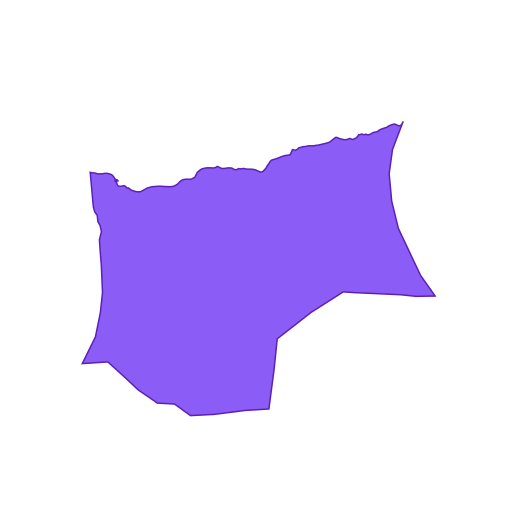 the district of Ras Gharib, Al Bahr al Ahmar, Egypt, rotated 287°
{"feature_id": "37247803B82534825994477", "entity_name": "Ras Gharib", "entity_type": "district", "adm_level": 2, "iso_a3": "EGY", "parent_name": "Egypt", "parent_adm1": "Al Bahr al Ahmar", "projection": "natural_earth1", "projection_center": [32.75, 28.506], "detail": "fine", "context": "isolated", "style": "filled", "palette": "violet", "viewbox_px": 512, "rotation_deg": 287, "n_neighbors": 0, "source": "geoboundaries", "source_scale": "gbopen_adm2", "svg_char_len": 3146}
<svg xmlns="http://www.w3.org/2000/svg" viewBox="0 0 512 512"><g transform="rotate(287 256 256)"><path d="M102.3,121.3L111.3,145.0L111.4,145.3L102.1,165.0L94.5,180.5L93.4,182.7L88.1,199.7L86.5,204.7L90.6,221.4L84.2,240.0L92.3,262.3L105.1,290.7L113.5,313.1L114.4,312.9L154.3,306.2L154.7,306.1L182.6,300.6L183.0,300.5L218.1,325.1L247.2,349.9L250.0,361.9L250.5,363.7L261.3,405.9L264.2,420.9L266.8,428.8L268.9,435.3L269.2,436.2L269.2,436.4L270.0,438.8L270.1,439.0L285.5,419.1L324.1,384.0L348.2,369.7L373.6,359.3L397.7,355.4L427.8,357.4L425.4,357.1L423.5,356.4L422.2,354.9L422.4,353.5L422.5,351.7L422.8,350.1L421.6,347.9L419.3,345.0L417.2,343.3L415.3,340.5L413.4,338.0L412.1,336.8L410.9,336.1L409.8,334.8L408.7,332.5L407.2,330.8L405.9,329.8L404.5,327.7L404.4,326.8L404.7,325.7L403.8,324.2L403.4,322.7L403.6,321.6L403.0,320.7L402.1,319.6L402.1,318.7L400.5,318.4L398.4,317.4L396.7,315.6L396.3,315.3L395.6,314.1L395.8,312.6L395.8,312.4L395.9,311.4L393.8,308.7L393.0,306.3L392.8,303.7L392.7,301.1L393.0,299.4L392.9,297.8L391.4,296.4L389.8,295.5L388.5,294.4L387.4,293.9L386.8,293.5L386.3,292.8L385.7,292.1L385.0,291.1L384.2,289.8L383.2,288.2L382.3,286.5L381.2,284.8L380.1,282.9L379.7,281.7L378.6,279.6L377.5,276.7L376.7,273.9L375.2,271.4L374.4,269.1L372.8,266.7L371.8,265.1L370.8,264.9L370.1,264.2L368.6,262.7L368.5,261.2L368.6,260.1L368.1,259.7L365.8,259.5L364.6,259.3L363.4,259.1L362.9,259.0L362.1,257.7L360.4,254.1L359.0,252.1L358.2,251.0L355.5,247.7L353.8,245.2L352.2,242.8L350.3,241.8L349.2,241.6L347.2,240.9L344.7,240.2L343.1,239.9L340.5,238.7L338.8,237.8L338.1,237.1L337.7,236.0L337.6,235.1L337.8,234.1L337.9,232.6L338.2,230.6L338.1,228.5L337.7,226.3L337.3,224.8L336.8,223.4L336.5,222.0L336.2,220.4L336.1,218.4L335.3,216.9L335.0,216.2L334.7,215.3L334.5,213.7L333.7,213.1L332.8,212.0L332.5,210.9L332.4,209.9L332.8,208.2L333.0,207.0L332.3,204.1L331.6,202.4L330.7,200.6L329.8,198.2L329.8,196.5L330.0,195.2L330.4,193.0L330.0,192.4L328.9,191.6L328.0,190.2L327.6,189.0L327.0,186.6L326.0,183.4L324.9,181.1L323.5,178.8L321.9,177.4L318.8,175.4L313.4,174.5L312.6,173.7L311.7,172.8L310.7,171.8L310.3,171.0L309.7,168.9L308.7,165.9L307.7,163.9L305.7,162.0L304.2,161.1L302.0,160.1L300.6,158.9L299.3,157.6L298.3,156.3L297.3,154.0L296.7,152.1L296.2,150.0L295.6,147.8L295.1,145.4L294.3,142.5L292.9,139.0L291.8,136.2L289.1,132.0L288.6,131.5L286.9,129.9L284.0,127.2L283.0,125.0L282.6,123.1L282.4,121.1L282.5,118.8L282.5,117.6L283.0,116.1L283.6,114.8L283.8,113.9L283.4,113.4L283.3,112.7L283.8,111.9L284.4,111.0L284.7,109.2L283.9,107.8L282.7,105.3L282.8,103.4L283.7,102.5L284.5,101.9L285.8,101.1L286.1,100.1L286.3,99.4L287.0,99.1L287.2,99.8L287.2,100.8L287.3,101.6L287.5,102.0L287.9,101.7L288.2,101.0L288.2,99.5L288.5,98.7L288.9,98.1L289.7,97.2L290.6,96.1L291.3,94.8L291.7,93.3L291.6,91.1L291.6,89.7L290.8,87.1L290.4,86.3L290.2,86.0L289.8,85.3L288.7,82.1L288.3,81.0L288.3,79.2L288.3,78.1L288.1,76.9L287.6,74.7L287.5,73.0L255.6,86.0L251.1,88.8L248.4,92.3L242.7,94.7L241.3,96.1L239.4,98.1L236.2,99.9L234.2,101.0L233.5,101.1L225.7,101.5L214.5,105.8L201.9,110.8L176.2,119.9L156.4,123.7L131.7,126.1L102.3,121.3Z" fill="#8b5cf6" stroke="#5b21b6" stroke-width="1.5"/></g></svg>